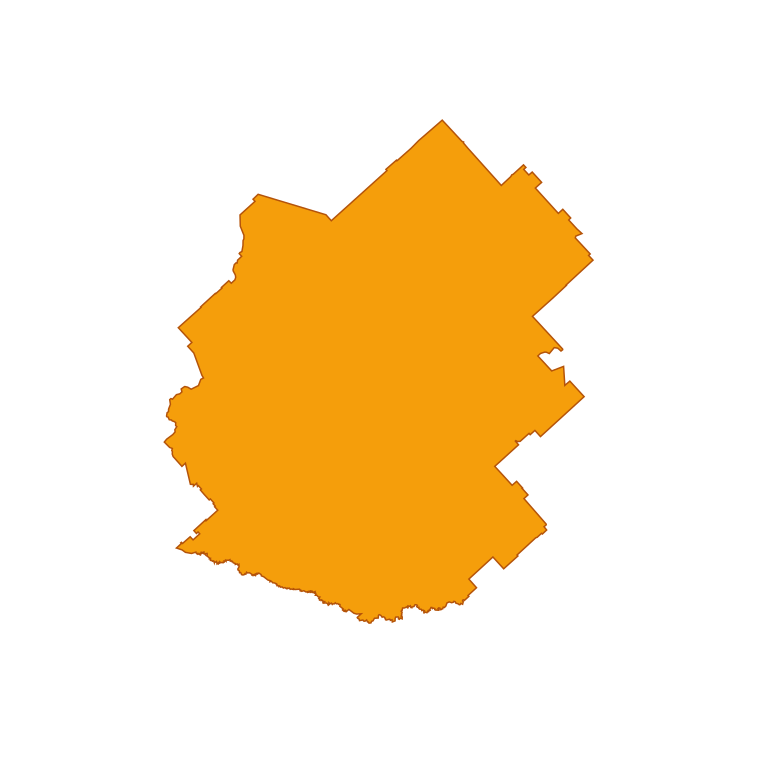 outline of Temora, New South Wales, Australia, rotated 129°
{"feature_id": "25037944B57482962875901", "entity_name": "Temora", "entity_type": "district", "adm_level": 2, "iso_a3": "AUS", "parent_name": "Australia", "parent_adm1": "New South Wales", "projection": "mercator", "projection_center": [147.72, -34.383], "detail": "fine", "context": "isolated", "style": "filled", "palette": "amber", "viewbox_px": 768, "rotation_deg": 129, "n_neighbors": 0, "source": "geoboundaries", "source_scale": "gbopen_adm2", "svg_char_len": 6171}
<svg xmlns="http://www.w3.org/2000/svg" viewBox="0 0 768 768"><g transform="rotate(129 384 384)"><path d="M142.1,331.6L140.3,343.7L137.5,343.4L135.7,355.0L141.7,355.9L136.5,389.7L128.1,388.4L126.0,402.2L130.4,403.0L129.3,410.5L126.4,410.0L125.9,413.5L139.8,415.6L140.9,416.3L143.2,416.0L155.9,417.8L148.0,467.1L146.7,474.0L145.8,474.4L146.4,476.1L142.3,504.8L172.8,510.2L183.9,511.3L202.4,514.4L202.2,515.2L216.0,517.6L216.3,516.0L290.3,527.7L289.0,535.6L315.8,601.2L322.8,602.1L323.2,599.2L343.2,602.3L351.8,595.0L356.6,586.4L359.4,584.2L361.2,583.8L365.2,580.7L370.5,577.8L372.5,578.7L373.8,578.6L374.3,575.0L379.9,575.7L382.4,574.3L382.9,575.2L385.4,575.5L390.1,573.3L391.0,572.4L392.8,568.2L394.4,566.4L396.8,565.4L401.8,566.1L401.4,569.6L411.3,571.1L411.4,570.3L419.7,571.6L419.7,572.1L436.2,574.6L439.5,575.0L439.6,574.4L469.7,579.3L472.6,559.5L478.2,560.3L479.6,551.3L491.8,531.0L492.9,528.1L495.7,529.3L502.0,527.2L509.4,530.6L510.0,534.5L511.3,537.2L512.3,537.6L515.5,538.5L517.3,536.1L520.1,536.5L522.9,538.6L528.9,538.8L529.4,540.4L531.0,540.7L534.2,537.2L539.1,535.6L541.1,534.1L542.8,534.5L545.8,532.8L546.1,532.2L545.6,531.0L546.9,528.4L545.7,526.4L546.0,525.5L545.2,523.3L545.1,521.6L547.4,519.8L547.5,518.2L551.1,517.8L552.7,516.2L556.2,516.3L563.7,518.2L567.4,518.2L568.2,510.7L567.3,507.9L569.2,507.1L569.8,505.8L571.7,504.5L573.1,502.2L575.2,489.2L570.5,488.5L583.8,471.3L582.0,469.0L583.3,467.8L579.0,467.1L581.0,464.5L579.8,464.3L580.5,459.8L581.9,460.1L583.0,454.1L584.1,446.9L582.6,446.6L583.5,441.3L584.6,441.4L585.1,438.3L586.0,438.4L586.7,433.8L602.2,436.2L601.5,437.1L617.6,439.5L618.2,435.7L616.0,435.4L616.4,432.9L625.3,434.3L624.7,438.5L634.7,440.2L634.5,441.8L635.4,442.0L635.6,441.1L642.1,442.1L640.0,436.5L639.8,432.4L636.8,426.9L633.0,424.4L633.6,423.6L633.7,422.0L632.7,422.0L632.9,421.1L632.4,419.3L631.5,420.3L630.8,419.7L629.8,420.2L629.5,419.7L630.3,419.0L629.5,418.8L629.4,417.9L628.4,418.5L627.9,418.2L628.9,417.2L629.1,415.3L628.1,415.8L627.0,414.8L628.2,413.7L629.1,413.7L629.0,410.3L629.7,409.8L628.7,409.1L629.6,408.5L629.3,407.9L629.9,408.4L630.3,407.9L629.5,406.4L629.7,405.8L628.7,405.1L629.7,403.4L628.8,403.9L628.7,403.0L627.3,402.5L628.9,400.5L627.8,400.3L628.1,399.5L627.4,399.4L626.8,400.0L626.6,399.2L625.5,399.8L625.6,398.3L624.3,397.4L624.3,396.6L622.9,396.1L622.4,396.9L621.9,396.2L620.8,396.4L621.1,395.2L620.2,395.7L618.7,393.8L617.4,393.2L618.4,392.0L617.3,391.0L617.8,390.4L617.4,389.8L617.8,388.6L617.1,386.6L617.8,386.0L616.2,384.8L616.7,383.3L615.6,383.2L617.2,381.6L619.7,381.2L620.4,380.5L620.2,379.1L621.5,377.5L620.9,377.1L621.0,376.0L621.8,374.8L621.2,373.4L619.7,372.4L619.0,372.7L618.7,371.7L616.8,372.4L616.8,371.3L615.3,369.6L615.1,367.0L615.6,366.4L614.9,365.9L615.8,364.9L614.5,365.5L613.8,363.2L612.9,363.5L613.1,364.6L611.1,363.7L611.7,363.1L611.3,362.6L609.7,362.3L609.4,359.6L610.3,358.6L609.5,356.2L609.4,350.8L608.4,348.6L609.4,348.2L608.2,347.3L608.5,345.2L607.7,344.3L606.9,341.8L607.5,341.5L607.2,340.9L608.1,340.3L607.2,339.0L607.6,338.1L606.6,338.0L606.9,336.4L605.8,335.5L605.9,333.8L604.5,332.8L604.5,331.2L603.7,330.9L604.0,330.4L602.2,329.2L602.6,327.7L601.9,327.3L600.7,325.1L600.1,325.5L599.8,323.9L596.6,320.5L597.4,319.0L596.0,319.0L596.9,318.6L596.9,317.5L595.1,316.2L594.7,313.6L593.6,312.8L594.0,312.1L593.1,311.5L592.2,311.9L591.7,311.2L592.4,310.2L591.9,309.7L590.8,310.6L590.2,309.4L591.0,308.4L589.2,307.2L590.4,307.1L590.3,306.3L589.3,306.0L590.0,304.8L591.4,304.4L590.5,303.3L590.8,301.1L590.0,299.8L591.8,299.7L591.7,298.9L592.5,298.1L591.3,297.0L591.8,296.5L591.0,296.0L590.9,295.4L591.5,294.6L590.7,293.5L592.3,293.9L592.6,293.4L590.6,291.2L590.2,289.7L591.0,288.1L589.7,287.8L588.7,289.0L588.7,287.6L587.4,287.0L587.9,285.5L587.0,285.4L586.1,284.2L584.7,284.2L584.8,282.7L583.7,281.7L583.9,280.6L583.1,279.8L583.2,279.2L584.5,278.5L584.5,274.2L585.7,274.1L585.8,272.0L585.3,271.2L584.7,272.2L584.1,271.5L584.7,270.1L581.3,269.4L581.1,263.1L580.0,260.5L576.9,257.1L582.2,257.9L582.6,257.2L582.4,255.3L583.3,254.1L580.7,251.9L581.0,250.6L580.3,249.5L578.3,249.0L579.3,247.1L578.8,246.5L579.3,245.2L577.9,243.8L576.3,244.3L574.9,243.5L572.1,244.0L569.5,241.2L567.3,242.7L566.3,242.6L565.8,240.9L566.4,238.7L565.4,238.2L565.0,236.8L565.4,236.1L565.2,235.4L566.2,234.6L566.1,233.8L563.3,231.7L563.1,231.1L563.7,230.3L562.2,229.4L563.7,227.8L561.1,226.3L559.2,227.8L557.8,228.2L556.1,226.4L556.4,225.6L557.4,225.0L557.2,224.0L555.6,223.9L555.1,222.1L553.5,223.3L553.7,224.5L552.8,225.0L552.3,224.7L551.4,225.9L550.5,225.9L549.8,226.6L550.0,227.4L548.9,227.9L548.4,227.5L546.4,228.6L545.1,227.1L542.7,226.0L543.2,224.9L542.7,224.5L541.3,225.7L540.7,224.1L539.8,223.9L540.8,222.4L540.3,221.6L539.9,222.0L538.0,220.7L536.0,221.0L535.2,219.9L535.0,218.8L536.4,218.5L536.5,217.5L535.6,216.3L536.4,215.8L536.6,214.8L535.6,213.1L536.3,212.0L535.2,211.4L534.8,210.0L536.1,209.8L536.7,208.8L535.3,208.3L534.7,206.7L532.6,207.0L532.7,206.1L531.5,206.4L531.0,205.9L530.8,206.7L529.6,206.4L528.2,206.9L527.5,206.1L528.1,205.0L527.1,204.6L526.5,203.2L527.4,202.6L527.3,201.8L525.3,199.0L524.8,199.4L524.6,200.7L523.7,200.7L523.0,199.6L523.8,198.0L523.0,197.4L522.1,197.4L521.7,196.9L520.2,197.5L519.7,196.4L517.6,196.2L514.6,197.3L512.3,196.2L511.4,193.8L510.0,192.8L508.9,192.9L508.4,191.7L509.1,190.4L508.1,187.7L508.2,186.6L507.5,186.0L506.1,186.2L505.7,184.3L503.3,185.4L503.2,186.4L502.5,186.8L501.5,186.2L501.6,185.3L495.7,184.4L495.5,185.6L484.1,183.9L482.2,195.3L449.9,190.5L452.3,174.7L433.4,171.7L433.2,173.0L408.0,169.3L406.8,168.5L400.9,167.6L400.9,166.5L395.1,165.7L394.2,169.8L391.3,169.3L390.8,169.9L385.0,203.1L379.6,202.3L378.2,211.1L377.6,210.9L376.2,219.7L382.1,220.7L378.3,246.1L346.6,241.2L345.7,246.0L345.0,245.9L344.7,244.0L342.9,242.1L331.1,240.2L331.4,238.5L325.1,237.5L326.4,229.3L267.9,220.5L264.8,241.4L271.3,242.6L257.3,255.5L268.3,261.9L265.4,282.1L261.8,281.6L258.0,279.1L257.1,277.8L256.3,274.7L248.6,274.6L246.8,271.5L247.0,267.2L244.9,266.7L244.4,267.2L238.0,311.2L209.8,306.7L192.6,304.3L192.6,304.8L156.2,299.5L155.3,305.9L153.2,305.6L150.1,327.3L148.3,328.0L142.5,324.8L142.1,331.6Z" fill="#f59e0b" stroke="#b45309" stroke-width="1.5"/></g></svg>